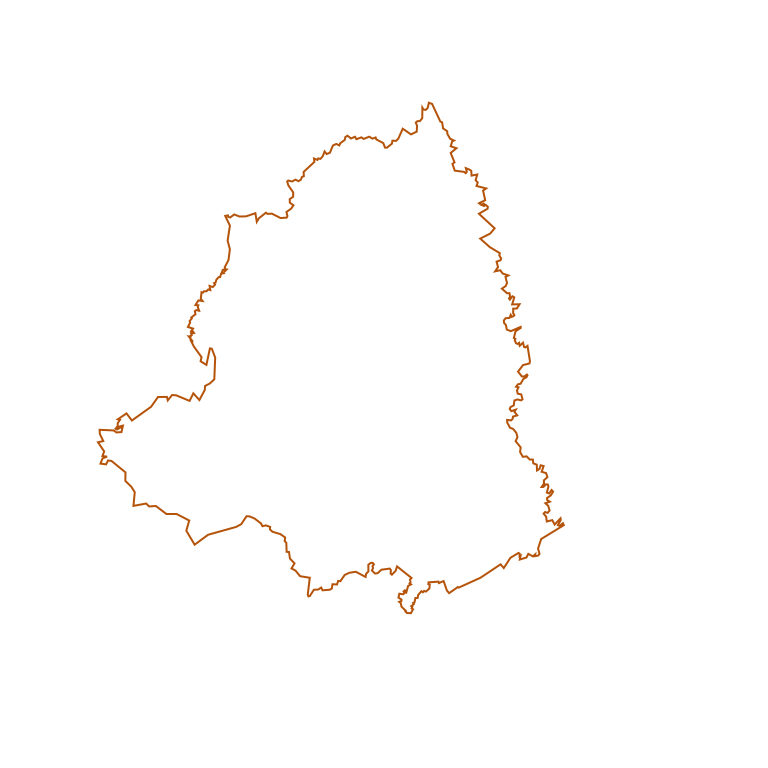 outline of Sisonke, KwaZulu-Natal, South Africa, rotated 38°
{"feature_id": "47623444B12889843225205", "entity_name": "Sisonke", "entity_type": "district", "adm_level": 2, "iso_a3": "ZAF", "parent_name": "South Africa", "parent_adm1": "KwaZulu-Natal", "projection": "equal_earth", "projection_center": [29.721, -30.084], "detail": "fine", "context": "isolated", "style": "outline", "palette": "amber", "viewbox_px": 768, "rotation_deg": 38, "n_neighbors": 0, "source": "geoboundaries", "source_scale": "gbopen_adm2", "svg_char_len": 6165}
<svg xmlns="http://www.w3.org/2000/svg" viewBox="0 0 768 768"><g transform="rotate(38 384 384)"><path d="M333.7,627.2L338.2,611.1L355.5,587.6L357.8,582.3L357.1,572.9L359.3,571.2L364.8,569.7L372.8,569.6L375.8,570.9L377.9,568.2L382.2,566.7L383.6,568.8L387.1,569.1L394.7,566.1L400.6,565.8L402.4,568.9L404.8,569.3L410.6,576.2L412.6,574.9L417.4,579.5L423.9,580.4L424.7,586.3L429.0,585.5L436.2,587.1L444.8,582.4L453.7,597.1L455.2,597.9L456.1,596.7L455.4,589.3L458.7,586.5L459.8,583.1L462.6,584.4L467.9,579.5L468.8,577.3L466.7,573.5L470.4,570.9L469.1,567.4L471.0,566.3L470.6,558.7L472.9,554.1L477.4,549.3L488.3,547.4L486.8,544.7L487.1,541.3L482.9,536.0L483.8,533.0L485.3,531.9L487.1,532.4L487.1,534.6L488.7,535.8L489.3,538.4L493.6,538.9L495.5,536.9L496.3,531.9L502.2,525.9L504.0,526.4L505.9,529.3L507.6,529.4L508.2,524.1L506.6,519.7L525.1,519.9L524.9,522.1L527.0,523.9L526.9,525.3L528.7,525.3L527.3,528.2L529.8,534.3L527.5,533.7L527.1,535.4L528.9,536.1L528.5,537.9L525.2,539.8L526.9,543.4L530.5,543.1L531.3,544.3L530.1,546.3L532.0,546.3L534.9,548.7L540.7,549.3L541.1,550.9L541.3,549.7L542.8,550.4L546.3,548.1L545.6,543.6L543.9,543.8L543.4,542.0L542.3,542.2L543.0,539.1L541.7,538.6L542.5,537.4L540.5,533.3L542.2,531.9L540.8,529.2L541.0,524.3L542.9,524.1L543.0,522.4L544.8,521.8L545.7,517.2L543.5,513.9L542.2,514.4L541.2,512.9L548.6,506.2L549.8,507.1L552.3,502.6L560.7,508.0L564.1,508.7L567.2,498.5L568.2,498.5L579.3,477.3L586.9,454.3L591.7,455.3L590.6,443.2L594.0,434.3L595.3,434.2L596.9,436.3L597.3,435.2L599.1,438.7L603.1,433.0L602.3,429.0L607.4,428.2L608.0,425.1L608.9,426.8L611.1,424.3L611.2,422.2L606.7,418.8L603.3,409.4L612.6,384.5L610.7,383.5L609.7,387.6L607.9,388.1L607.0,382.3L605.8,381.2L605.0,389.7L600.4,387.7L596.9,392.1L593.4,388.7L589.6,387.9L589.8,385.7L592.3,384.8L592.4,381.8L588.5,378.9L584.6,378.6L587.1,374.7L584.0,375.0L582.7,373.5L584.0,369.0L583.5,364.7L581.3,364.4L581.6,368.5L579.2,369.3L576.6,363.4L575.0,362.3L573.4,363.4L573.0,367.0L571.6,368.1L571.4,363.9L569.3,361.5L570.1,356.8L566.6,354.4L562.3,356.1L560.3,350.4L557.5,351.6L558.8,355.1L557.8,357.9L554.0,353.5L550.5,354.6L547.8,351.9L545.3,353.8L541.0,353.2L538.2,355.9L533.1,353.8L530.7,349.8L522.9,348.0L521.9,343.7L518.3,341.0L513.4,339.9L510.3,340.9L504.8,338.5L503.1,336.5L506.5,334.5L506.8,332.2L505.7,330.3L508.3,326.7L503.9,325.6L503.6,323.1L501.0,327.0L498.5,326.3L497.9,324.4L499.4,320.9L496.9,316.7L498.7,314.0L502.1,312.5L502.6,310.8L498.6,307.7L495.3,309.3L492.7,307.1L492.0,303.8L489.8,304.8L489.7,301.8L491.5,299.7L490.7,294.2L492.1,291.0L491.7,288.8L490.8,288.6L490.0,291.6L488.0,293.2L482.0,291.7L481.9,283.5L486.0,278.2L484.9,276.1L473.6,265.6L472.9,268.1L471.6,268.6L468.1,265.9L467.4,270.3L465.1,268.4L464.7,270.1L462.9,270.6L460.2,269.1L459.8,267.6L458.0,267.8L455.2,261.5L457.2,255.7L456.5,254.9L451.4,264.3L447.2,265.5L443.8,262.5L440.9,261.9L439.3,260.1L439.3,257.3L442.2,254.7L441.3,251.5L443.3,252.5L444.3,250.7L444.3,249.4L442.3,248.8L439.4,245.1L442.2,242.7L441.7,237.7L436.0,242.4L433.3,235.5L431.2,235.8L431.2,240.0L429.8,239.6L429.7,237.6L426.9,235.2L425.1,236.7L418.2,236.3L419.6,231.8L418.7,228.6L413.8,224.8L415.1,221.9L409.5,223.9L405.6,222.8L402.2,226.8L401.9,221.7L397.4,218.3L399.6,214.7L399.1,213.0L395.6,211.6L394.7,209.6L383.1,211.0L370.3,210.2L375.1,200.0L375.3,193.2L354.0,191.4L357.7,182.1L356.7,180.4L354.0,180.2L353.2,182.2L352.2,182.4L352.6,180.7L351.6,180.4L350.2,183.0L347.6,183.0L350.6,176.9L343.0,170.6L344.1,167.0L335.0,171.0L333.8,167.5L330.7,167.0L328.5,161.5L324.7,165.9L321.5,162.3L319.7,162.4L315.6,163.5L318.6,165.8L318.6,167.6L316.6,167.5L308.4,172.3L302.4,168.4L303.1,165.9L294.3,160.9L295.9,153.6L290.2,155.6L288.3,150.7L289.2,149.1L285.1,150.0L279.9,147.9L278.2,145.9L273.2,146.2L268.7,142.0L266.8,142.5L249.5,133.7L246.2,134.7L248.5,139.6L248.1,142.3L246.2,143.4L244.1,142.6L250.5,151.0L250.4,154.8L248.5,156.3L248.1,158.4L251.1,160.2L254.4,165.0L251.6,170.7L241.6,171.3L244.2,181.7L243.9,184.9L240.8,187.1L242.3,189.7L240.8,196.0L239.3,197.1L235.1,194.6L227.3,196.0L225.6,194.9L223.8,197.8L220.1,198.2L217.1,203.4L214.4,203.5L211.5,208.1L208.9,207.0L206.8,210.9L202.4,210.8L201.5,213.2L202.8,215.8L201.3,221.3L201.9,223.5L198.6,224.2L196.9,227.6L199.0,235.0L197.2,238.1L194.0,237.3L195.5,242.1L195.3,245.8L193.3,246.7L193.6,248.4L190.0,249.4L192.4,251.9L190.1,266.4L192.9,269.6L191.9,271.3L192.7,274.2L191.8,276.8L188.4,277.5L186.9,281.0L183.3,282.6L183.0,284.0L186.4,286.4L194.5,288.9L197.1,292.4L195.9,296.4L198.2,299.1L202.6,298.9L202.9,302.9L201.2,308.5L204.5,311.1L204.9,312.8L200.3,316.9L190.8,318.8L187.4,321.7L185.5,321.7L183.4,330.3L183.9,334.5L177.5,328.6L172.1,336.8L167.0,341.0L161.6,342.6L160.3,347.4L158.5,348.2L157.2,347.2L155.4,349.3L165.1,354.1L172.5,367.3L179.6,372.7L185.1,382.0L186.6,390.0L188.3,391.2L189.5,390.6L189.1,393.5L187.4,392.2L186.7,393.5L187.5,395.7L189.2,395.7L187.7,397.3L189.0,400.6L187.9,401.7L187.7,405.1L188.8,407.6L188.0,409.1L189.7,409.7L189.4,413.0L186.2,414.1L189.3,416.9L187.3,417.6L187.0,420.2L185.0,421.9L185.0,423.6L183.7,424.0L187.1,429.6L189.9,430.3L186.3,432.4L186.8,437.8L189.2,436.3L189.7,437.9L193.2,440.1L190.6,441.3L190.1,443.1L192.5,445.1L191.2,450.2L192.2,450.6L192.1,454.1L193.4,454.9L194.4,459.8L199.4,457.9L199.5,461.3L200.9,461.3L200.7,460.1L202.9,460.8L200.8,462.9L202.4,463.8L201.9,465.3L203.1,465.2L200.8,466.7L206.6,468.1L207.1,469.0L206.1,469.2L211.1,471.5L223.7,475.2L225.5,479.0L232.3,478.3L224.9,463.1L226.6,462.2L234.7,467.1L247.4,484.8L246.4,490.9L244.2,495.7L246.4,498.9L248.4,510.3L239.5,508.7L241.2,517.0L227.1,520.9L223.8,523.2L223.7,530.0L220.9,527.8L213.9,533.4L214.5,545.3L207.8,568.0L199.2,565.7L196.0,575.7L198.0,574.8L198.3,578.8L200.1,581.3L200.0,584.5L201.6,584.2L202.8,581.3L201.6,581.6L201.6,580.5L202.7,579.1L204.0,579.8L203.3,578.2L203.9,577.5L206.7,583.5L203.0,586.9L199.6,587.0L188.1,595.2L190.8,598.3L197.9,601.8L194.5,606.0L205.0,609.4L206.5,614.1L210.5,611.7L208.0,616.0L209.6,621.3L214.5,618.4L213.6,614.2L216.6,612.4L234.7,612.8L239.8,619.6L248.1,620.5L254.2,622.7L261.6,634.3L270.2,624.6L274.3,625.1L279.3,620.6L292.6,620.4L300.7,614.1L314.6,611.5L318.5,621.3L333.7,627.2Z" fill="none" stroke="#b45309" stroke-width="2"/></g></svg>